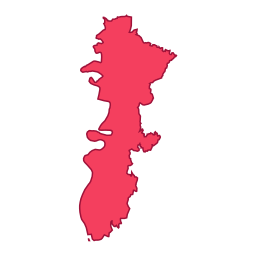 Pirojpur, Barisal, Bangladesh
{"feature_id": "16705992B46028667424095", "entity_name": "Pirojpur", "entity_type": "district", "adm_level": 2, "iso_a3": "BGD", "parent_name": "Bangladesh", "parent_adm1": "Barisal", "projection": "mercator", "projection_center": [89.98, 22.515], "detail": "fine", "context": "isolated", "style": "filled", "palette": "rose", "viewbox_px": 256, "rotation_deg": 0, "n_neighbors": 0, "source": "geoboundaries", "source_scale": "gbopen_adm2", "svg_char_len": 5767}
<svg xmlns="http://www.w3.org/2000/svg" viewBox="0 0 256 256"><path d="M87.9,234.6L91.3,234.3L92.4,239.0L94.1,240.5L95.2,240.1L98.6,240.0L101.0,239.3L102.2,238.2L104.3,234.9L108.2,236.6L108.8,236.5L109.2,232.9L110.3,232.2L112.3,230.1L110.9,226.6L110.7,225.0L110.9,222.1L111.5,221.1L112.0,221.0L111.9,223.0L112.1,223.9L113.9,226.2L115.0,226.6L116.4,225.4L117.4,227.0L118.5,227.9L118.9,227.4L118.9,226.0L118.7,225.8L118.8,224.4L119.6,223.5L121.1,223.6L121.4,223.1L120.6,221.2L120.4,219.0L120.6,218.4L124.4,218.4L126.7,217.8L127.3,214.3L129.7,208.6L128.4,206.7L127.1,203.7L127.4,202.1L128.2,199.8L128.2,198.1L128.9,197.3L130.1,196.6L130.8,194.7L132.7,194.4L133.5,190.3L134.2,190.3L135.6,191.2L136.3,191.4L136.7,191.2L136.9,188.2L135.9,186.1L135.7,184.8L136.1,184.3L136.1,183.3L137.3,179.9L137.5,178.0L136.3,177.0L134.7,176.9L134.3,175.6L133.0,174.4L131.7,172.2L131.6,175.4L131.1,176.0L130.7,175.8L130.3,174.7L128.1,174.4L126.8,173.2L127.2,170.9L128.1,168.5L127.9,166.1L128.6,165.6L130.3,165.5L131.8,164.6L132.5,163.6L131.7,162.9L131.3,161.8L130.6,159.7L130.6,158.6L129.7,158.3L129.5,158.0L129.2,155.5L130.1,153.9L130.1,152.6L129.2,150.8L129.2,150.4L131.8,149.0L133.7,150.5L135.5,150.7L137.4,151.2L138.7,150.7L139.2,150.0L138.9,148.2L137.7,147.5L137.7,146.7L138.1,145.0L139.0,144.9L139.8,143.7L140.0,144.5L140.4,144.8L140.2,145.1L140.2,146.2L141.0,146.6L141.1,147.6L141.4,147.3L141.6,147.8L142.9,147.9L143.1,149.9L143.8,151.7L145.0,151.9L145.0,151.5L145.5,151.1L147.5,151.1L147.6,150.4L148.2,150.2L149.4,150.0L150.6,150.2L152.0,147.3L152.3,145.7L152.1,144.8L152.4,144.8L152.7,145.6L153.4,145.8L156.9,143.2L157.6,142.2L158.0,140.0L158.9,139.8L159.4,139.2L159.6,138.4L160.1,137.9L160.3,136.9L159.6,135.5L158.3,135.5L158.0,136.0L157.7,136.0L157.0,134.0L157.2,133.4L155.8,132.5L155.3,131.8L154.4,132.9L155.1,134.2L154.4,134.8L153.2,134.7L153.1,134.2L150.7,132.9L150.1,133.8L149.0,133.7L148.5,134.1L147.2,134.2L147.2,135.2L146.5,135.7L146.1,136.6L144.3,136.7L144.2,135.5L143.8,135.2L144.0,134.7L144.3,134.4L144.3,134.1L143.8,133.8L143.1,133.6L142.9,133.2L142.1,133.2L141.8,132.6L143.1,130.4L142.5,129.1L142.0,129.1L141.6,130.0L139.6,131.2L140.1,130.1L140.7,127.0L140.2,125.7L140.2,123.8L140.9,123.5L140.0,121.9L140.2,120.3L140.4,116.1L138.9,113.6L138.7,109.6L138.3,108.4L137.6,107.4L138.5,106.6L139.2,105.0L139.3,103.8L140.0,102.8L142.9,104.8L144.2,105.0L148.1,104.1L150.3,103.1L151.1,102.4L152.8,99.4L152.6,99.0L153.4,98.1L152.3,94.5L151.7,93.7L150.9,93.6L150.5,92.9L150.9,89.9L150.8,89.3L150.6,89.0L149.4,88.6L149.4,86.5L149.7,85.3L150.2,84.7L150.0,83.9L149.6,83.6L150.7,82.8L152.7,82.5L153.6,81.3L155.4,80.2L161.6,77.9L161.8,76.6L162.8,75.6L162.6,75.2L163.0,73.7L163.5,73.2L163.8,72.4L164.8,71.6L165.5,68.3L166.6,68.0L167.3,65.6L167.0,64.6L167.4,63.3L168.5,63.0L169.3,62.1L169.6,60.7L171.6,60.2L171.6,59.7L173.6,58.4L174.3,57.1L175.7,56.6L176.0,56.2L175.6,55.8L176.3,55.4L176.1,55.2L174.6,55.0L173.1,52.8L171.9,52.9L171.2,54.5L170.0,54.4L169.3,53.1L170.0,50.8L169.9,50.4L169.3,50.7L168.4,50.8L167.3,50.5L165.5,49.6L165.2,50.1L165.5,51.0L165.3,51.4L163.9,51.1L163.4,51.5L162.3,50.6L162.6,49.7L162.5,47.8L161.2,47.8L160.5,48.4L159.9,48.2L159.0,46.9L158.9,47.3L158.4,47.4L157.0,47.2L156.8,45.9L155.4,45.4L154.7,44.8L152.9,44.7L152.7,45.6L152.0,46.0L150.1,45.6L149.9,45.5L149.9,45.1L150.7,43.9L150.6,43.5L148.7,42.5L147.5,42.6L146.7,43.0L145.7,42.7L144.5,43.0L143.6,42.7L143.0,41.8L141.1,37.6L138.9,35.6L136.1,34.6L137.1,33.8L136.3,32.2L136.8,31.3L137.1,29.3L134.0,30.1L132.1,32.1L130.4,32.4L129.3,32.3L130.4,29.5L131.3,25.6L131.4,17.1L127.1,16.3L126.6,15.4L125.9,16.1L124.9,16.5L121.1,16.6L118.7,17.2L117.5,17.0L117.2,18.3L116.6,18.3L114.6,19.2L112.7,19.2L111.6,20.9L110.1,21.1L107.8,20.8L107.6,20.6L107.6,20.1L107.0,20.0L106.6,19.1L105.3,18.0L104.3,18.0L103.9,17.3L103.3,17.4L103.3,18.1L104.2,18.8L104.8,19.9L104.7,22.7L104.5,23.2L103.8,23.5L105.0,26.1L105.4,27.8L105.1,29.5L103.4,30.1L99.0,34.0L96.6,35.5L96.6,36.2L96.1,38.0L96.4,38.3L98.1,38.7L98.8,39.2L100.2,38.9L101.5,39.9L103.1,42.1L103.2,42.6L101.6,43.6L98.3,42.9L97.1,44.0L97.0,45.1L94.6,45.5L93.6,46.0L93.3,46.6L93.5,47.3L94.8,49.1L95.0,51.2L95.9,52.9L96.6,53.2L97.9,53.0L99.0,52.4L100.1,52.3L100.9,52.6L101.2,52.9L101.6,54.6L101.7,57.1L101.4,61.9L100.9,62.4L100.3,62.6L98.9,62.0L95.6,61.2L94.2,61.1L93.4,61.3L88.0,64.7L86.4,65.4L85.6,66.4L85.0,66.7L84.6,66.4L82.9,67.4L81.3,68.6L80.8,69.8L80.8,70.5L81.4,71.4L82.8,72.2L86.5,71.5L87.1,71.9L88.1,71.8L88.9,71.4L90.4,71.4L92.6,71.0L96.9,71.8L98.1,72.2L100.9,74.0L102.8,75.8L102.8,76.3L102.4,76.9L99.2,79.2L97.7,81.0L97.1,81.0L96.8,81.8L96.1,82.3L94.7,82.3L92.2,78.3L91.1,77.4L89.9,78.2L89.1,81.2L90.0,82.5L91.0,83.5L94.1,84.9L97.3,85.8L98.6,86.5L99.4,87.1L99.9,87.9L99.9,89.5L99.0,94.5L97.9,99.0L104.1,100.7L108.6,101.5L109.7,102.2L110.2,103.3L110.3,105.1L109.9,107.9L109.3,109.1L109.0,112.4L107.9,115.7L105.0,120.7L102.1,123.6L100.6,125.6L98.9,128.8L98.9,129.5L99.5,130.0L101.3,130.2L105.5,130.1L110.9,130.3L111.1,130.7L111.9,130.9L112.4,132.3L112.0,133.7L110.9,135.2L106.8,135.3L101.2,133.8L99.6,133.1L99.1,132.4L98.1,132.1L96.2,131.1L93.5,130.8L92.0,130.9L89.7,130.6L88.9,130.8L88.7,131.2L87.5,131.9L86.8,133.6L86.8,134.4L87.4,137.3L88.6,138.9L90.5,140.4L94.7,141.2L96.3,140.9L99.0,139.8L101.0,139.7L102.8,140.4L104.0,141.1L104.5,141.8L105.0,143.4L104.8,145.6L104.5,146.4L103.7,147.5L101.8,149.1L100.8,149.7L99.4,150.0L95.2,149.4L92.2,150.6L90.0,152.2L88.0,154.7L85.1,155.6L84.5,156.4L83.6,158.4L83.7,160.6L84.0,161.2L84.8,162.4L87.6,165.3L91.3,169.6L92.4,172.0L92.5,172.9L92.2,176.5L90.7,181.2L89.5,183.3L88.7,184.1L84.9,189.6L82.6,194.5L81.0,198.7L80.2,202.2L79.7,205.6L79.7,208.7L80.0,212.3L80.9,216.9L81.7,219.4L84.6,223.6L86.3,227.6L87.9,234.6ZM88.9,240.6L89.4,240.6L88.4,238.4L88.8,240.4L88.9,240.6Z" fill="#f43f5e" stroke="#9f1239" stroke-width="1.5"/></svg>